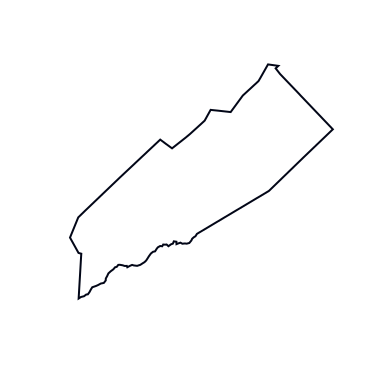 Sigefredo Pacheco, Piauí, Brazil (Equal Earth projection), rotated 216°
{"feature_id": "56859067B30452648330237", "entity_name": "Sigefredo Pacheco", "entity_type": "district", "adm_level": 2, "iso_a3": "BRA", "parent_name": "Brazil", "parent_adm1": "Piauí", "projection": "equal_earth", "projection_center": [-41.801, -4.953], "detail": "fine", "context": "isolated", "style": "outline", "palette": "ink", "viewbox_px": 384, "rotation_deg": 216, "n_neighbors": 0, "source": "geoboundaries", "source_scale": "gbopen_adm2", "svg_char_len": 1297}
<svg xmlns="http://www.w3.org/2000/svg" viewBox="0 0 384 384"><g transform="rotate(216 192 192)"><path d="M114.9,325.5L153.3,332.5L161.0,333.9L162.9,334.3L190.0,339.2L197.0,341.2L196.3,344.8L205.5,339.9L203.7,324.1L203.4,320.8L207.6,299.9L207.7,279.4L218.6,273.2L222.9,270.7L225.2,269.4L223.7,257.2L224.6,252.7L227.7,237.8L229.2,231.9L233.8,215.6L241.5,215.6L248.5,215.7L258.9,161.2L267.4,114.4L269.1,104.6L263.9,83.4L248.0,76.0L245.3,77.0L243.6,74.3L221.1,39.2L220.1,41.8L218.1,44.2L217.3,46.9L216.1,48.0L216.1,50.8L216.5,53.6L216.7,56.3L214.4,59.6L213.2,61.7L212.0,64.3L209.9,66.6L209.8,69.7L210.9,71.4L211.2,74.0L211.8,77.0L211.2,80.0L210.2,83.2L210.0,85.9L208.9,87.2L208.8,89.7L207.6,90.7L204.9,92.0L203.2,92.5L201.3,93.9L200.1,93.1L198.8,95.8L197.6,97.8L195.9,98.4L193.0,100.0L191.0,102.7L190.1,105.1L189.2,107.3L188.8,109.6L188.9,111.9L189.1,114.7L189.1,118.1L188.4,120.7L187.0,122.3L187.2,125.4L187.1,127.2L186.0,129.6L184.2,130.6L184.4,132.6L182.9,133.5L181.7,134.6L179.2,134.3L178.2,137.4L177.1,139.0L177.7,141.4L175.4,142.6L173.9,140.7L172.9,142.3L171.6,144.2L169.4,144.5L167.5,146.2L165.9,147.1L164.2,149.2L164.0,152.4L164.4,154.3L163.9,156.6L163.2,158.2L163.4,161.0L162.3,163.6L130.4,238.1L122.1,285.7L115.5,322.2L114.9,325.5Z" fill="none" stroke="#020617" stroke-width="2"/></g></svg>